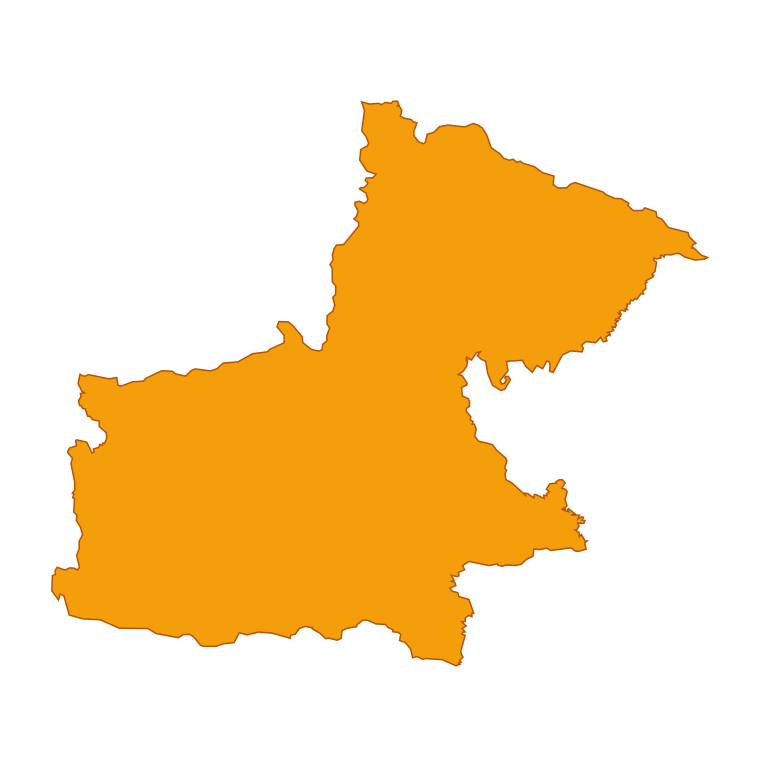 Kanbalu, Sagaing, Myanmar (Natural Earth projection), rotated 97°
{"feature_id": "60261553B80816237630627", "entity_name": "Kanbalu", "entity_type": "district", "adm_level": 2, "iso_a3": "MMR", "parent_name": "Myanmar", "parent_adm1": "Sagaing", "projection": "natural_earth1", "projection_center": [95.451, 23.357], "detail": "fine", "context": "isolated", "style": "filled", "palette": "amber", "viewbox_px": 768, "rotation_deg": 97, "n_neighbors": 0, "source": "geoboundaries", "source_scale": "gbopen_adm2", "svg_char_len": 6161}
<svg xmlns="http://www.w3.org/2000/svg" viewBox="0 0 768 768"><g transform="rotate(97 384 384)"><path d="M650.5,292.6L654.9,278.2L652.8,274.3L651.8,275.9L650.7,273.5L649.1,275.1L645.5,272.3L640.6,275.3L623.5,272.8L622.8,276.1L620.6,275.3L620.2,273.2L617.1,276.7L614.2,272.9L610.5,277.8L609.9,274.5L606.3,274.8L603.3,271.6L604.3,268.4L601.1,268.9L600.8,266.9L587.5,273.4L585.9,283.5L582.1,285.4L581.3,290.9L578.6,293.8L575.3,288.1L572.2,289.6L571.8,292.7L570.4,290.4L565.6,294.0L566.3,288.1L565.3,286.3L561.8,287.0L558.5,281.3L554.7,283.9L549.8,278.0L551.4,257.4L548.7,249.6L550.1,248.7L550.5,244.4L548.8,240.8L548.1,231.6L546.1,225.7L540.7,221.2L536.8,215.1L529.6,215.2L529.4,209.3L527.1,202.5L528.9,198.3L523.8,178.2L526.4,174.0L526.5,171.0L523.4,163.2L517.3,165.5L515.1,163.2L515.2,165.3L509.4,169.7L511.7,171.5L507.7,172.2L505.6,176.6L505.4,175.0L501.3,173.0L498.6,174.9L497.8,168.6L495.0,167.9L495.1,170.8L492.0,169.7L491.8,171.7L494.4,175.1L490.5,173.8L491.1,182.4L489.6,178.7L485.2,185.7L486.6,186.5L488.4,185.1L487.8,188.6L486.0,188.6L487.4,190.8L486.6,192.1L483.2,187.8L481.6,187.8L476.7,190.2L468.6,189.1L466.4,190.8L465.8,194.9L460.1,192.1L457.4,195.0L457.7,198.4L460.0,201.3L461.4,200.8L462.7,207.1L468.6,210.1L470.8,206.9L473.2,209.3L475.1,208.8L474.9,212.0L478.1,211.0L475.3,219.5L475.3,221.4L478.8,221.4L475.3,227.8L475.1,230.7L477.2,230.0L466.6,245.1L464.0,251.4L458.5,252.9L454.7,251.9L452.8,253.9L445.5,252.7L442.8,254.0L436.1,264.0L430.8,269.2L429.2,283.2L424.8,287.6L417.6,287.0L412.9,289.4L413.1,291.6L410.6,290.9L408.9,294.0L406.0,293.8L400.9,299.2L397.7,298.9L395.9,296.4L390.6,297.0L388.3,298.7L386.3,304.8L378.2,306.6L374.4,301.0L374.7,302.1L373.0,301.6L366.1,307.5L365.6,311.3L361.6,306.8L356.3,304.1L349.9,303.9L350.1,305.2L347.3,305.3L349.6,300.1L341.7,296.0L340.3,292.4L344.4,294.9L347.6,290.6L349.1,285.8L360.8,282.4L372.1,276.1L376.1,267.4L374.6,263.6L364.5,259.1L361.4,261.4L361.5,264.0L363.2,264.9L365.0,262.9L368.6,264.6L369.6,267.4L366.4,269.1L355.8,262.5L346.6,265.2L343.6,249.5L349.2,245.5L354.3,238.2L347.1,234.6L349.5,228.3L341.5,225.3L341.5,223.3L344.4,221.5L351.1,221.2L351.9,217.5L333.5,210.5L328.4,202.7L328.0,191.3L324.3,190.5L321.2,192.5L317.3,188.7L317.2,179.0L311.2,174.7L315.4,171.6L314.1,168.0L310.6,169.6L308.1,167.2L308.4,165.5L306.3,165.9L305.6,168.3L303.0,162.5L299.6,164.7L299.6,161.4L297.1,160.5L295.9,162.0L292.7,159.2L292.7,162.2L291.1,161.6L290.6,157.9L289.8,159.3L287.5,157.2L285.1,159.8L285.4,157.4L283.1,159.2L281.9,157.0L282.4,153.3L280.6,153.8L280.6,151.4L278.6,153.0L277.4,151.8L275.3,152.8L274.6,149.8L270.7,149.4L271.0,146.9L268.6,145.3L269.4,143.5L263.4,140.2L262.9,137.3L260.8,138.8L257.5,135.7L252.4,136.8L250.9,135.4L249.8,136.8L244.9,129.9L243.2,129.5L243.6,131.1L242.3,131.4L239.3,128.7L229.9,128.3L228.0,131.6L226.0,131.1L226.7,128.8L225.0,124.3L223.1,125.4L222.3,123.8L224.0,121.6L221.5,121.2L220.8,114.5L218.9,110.2L218.5,107.0L221.4,100.6L223.0,90.2L221.1,81.1L219.0,78.2L217.5,84.8L211.1,93.2L211.5,95.1L208.0,94.3L206.4,91.5L200.5,99.1L196.6,100.7L194.1,120.7L186.7,128.0L185.0,133.4L179.8,135.1L177.4,146.6L180.3,148.7L181.5,157.8L177.2,163.7L174.7,163.1L171.1,171.4L171.7,177.3L169.0,186.9L166.8,189.9L160.7,219.1L163.2,223.6L167.1,226.6L168.2,235.5L165.3,240.3L156.9,240.7L154.9,252.6L149.9,261.3L148.0,272.9L146.2,276.1L147.9,278.9L145.2,283.2L146.6,286.9L145.5,292.6L141.7,296.5L136.4,306.4L123.8,312.7L117.7,317.9L115.4,322.7L114.5,327.1L119.0,335.0L119.2,352.0L121.9,360.5L128.2,365.2L130.9,371.6L138.9,372.3L140.7,373.9L139.3,379.2L134.4,384.2L130.3,385.3L120.9,383.1L120.3,386.8L118.2,389.3L117.7,396.7L116.1,400.5L110.4,399.6L106.0,402.8L106.4,404.4L104.7,403.4L101.6,405.1L102.4,409.7L104.5,410.9L104.4,417.0L107.0,420.5L106.1,423.8L107.9,432.5L106.7,440.6L115.0,436.7L135.5,436.9L140.4,432.1L146.6,428.7L149.5,429.3L154.1,435.6L164.7,435.4L174.8,426.8L176.7,417.4L180.6,420.1L181.8,426.7L184.3,427.5L186.2,424.6L188.3,425.1L191.5,427.8L192.0,431.3L193.4,432.1L196.9,425.0L202.9,422.5L204.9,423.3L207.2,425.6L205.6,430.7L207.2,434.9L209.9,434.7L215.8,430.7L221.6,432.0L223.8,434.0L226.5,429.0L230.4,428.4L250.4,441.0L252.0,448.2L255.9,450.0L262.5,451.0L267.1,449.5L271.9,452.2L275.7,449.5L289.1,447.7L292.6,443.8L301.0,443.0L304.2,445.4L311.7,442.5L317.9,443.7L323.1,448.7L331.4,447.9L335.1,444.8L343.2,446.7L347.9,445.9L352.1,449.7L357.7,449.7L359.3,453.1L358.5,460.5L352.7,469.7L347.0,471.1L337.3,481.4L334.0,486.6L334.9,496.1L340.3,497.2L348.0,489.0L355.4,488.3L363.0,500.9L366.4,504.0L369.9,518.1L379.8,531.6L382.8,546.2L389.2,551.5L392.2,557.9L392.0,573.2L393.6,576.3L400.3,582.0L399.4,592.0L397.2,595.5L397.9,606.2L407.4,621.1L410.4,623.0L412.6,634.1L418.2,644.8L417.5,647.8L410.1,650.1L412.4,657.4L410.7,678.6L412.6,681.3L412.6,684.3L411.3,686.9L421.0,687.7L427.8,683.1L429.3,680.2L430.3,684.2L433.4,683.1L437.6,685.2L442.5,683.5L442.5,681.8L445.0,680.2L445.1,677.6L452.1,674.1L452.1,671.7L455.0,668.9L455.4,662.2L460.9,661.5L466.3,653.7L471.5,652.6L477.0,654.1L476.8,655.9L479.1,656.0L478.6,658.8L481.6,659.3L483.9,664.5L486.8,663.7L488.2,665.3L477.9,672.1L476.9,682.0L477.5,683.1L482.9,681.8L485.8,688.2L488.8,689.6L490.6,689.6L495.8,684.2L501.1,685.0L518.7,679.1L526.9,678.0L530.5,680.0L531.0,678.4L534.7,679.2L535.8,677.2L548.9,676.3L551.6,672.8L557.0,672.8L563.2,667.8L570.2,664.8L577.3,667.4L584.5,666.5L591.4,668.2L602.8,664.0L605.9,665.4L604.5,669.5L604.9,673.8L607.5,677.8L605.8,686.1L609.2,687.7L613.1,686.9L614.6,689.8L629.7,688.5L637.9,680.8L632.0,679.8L633.2,676.0L651.7,668.2L653.8,654.0L652.6,636.9L658.6,617.2L655.5,588.4L659.4,579.9L660.9,557.3L657.2,552.7L656.2,546.2L658.4,541.8L665.6,534.4L666.4,531.3L664.8,518.5L661.4,511.8L659.0,501.3L648.5,497.3L649.7,489.2L645.5,478.5L644.9,464.5L647.8,446.1L644.4,445.9L643.3,441.7L637.0,438.2L634.3,432.8L634.5,425.3L635.5,425.7L639.5,416.6L643.9,411.0L642.9,408.2L644.0,399.3L641.7,395.4L633.9,395.7L630.8,390.5L628.2,381.7L625.8,381.1L621.0,376.0L620.4,371.9L623.1,362.6L622.5,353.0L625.0,350.7L626.9,345.2L628.8,345.0L628.9,339.4L630.5,336.9L636.7,337.3L638.0,331.4L643.9,325.2L652.2,322.3L650.6,318.0L652.6,311.9L651.4,309.2L650.5,292.6Z" fill="#f59e0b" stroke="#b45309" stroke-width="1.5"/></g></svg>